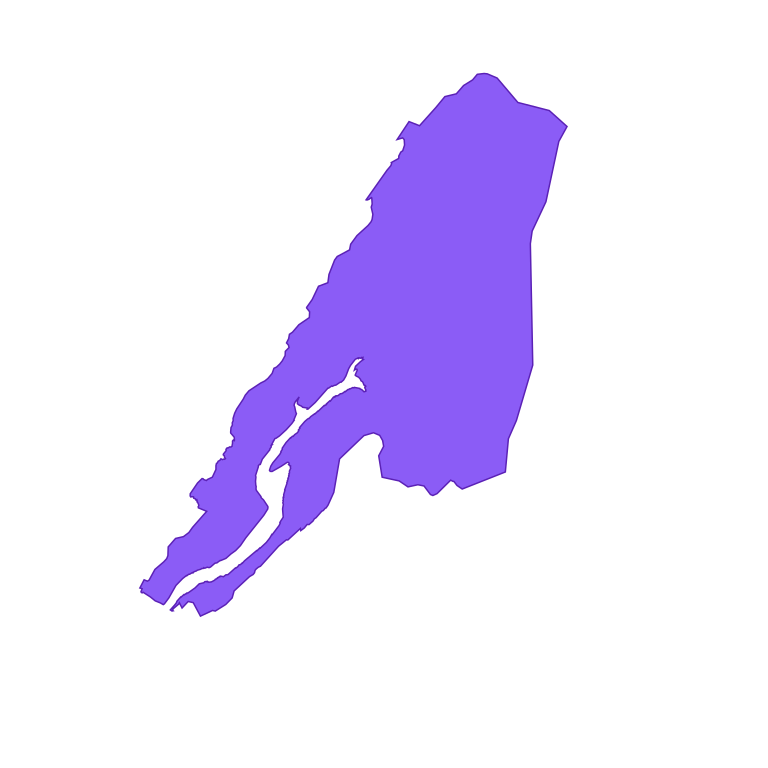 Stryn nor, Sogn og Fjordane, Norway (Natural Earth projection), rotated 310°
{"feature_id": "86288312B20375787798731", "entity_name": "Stryn nor", "entity_type": "district", "adm_level": 2, "iso_a3": "NOR", "parent_name": "Norway", "parent_adm1": "Sogn og Fjordane", "projection": "natural_earth1", "projection_center": [6.614, 61.822], "detail": "fine", "context": "isolated", "style": "filled", "palette": "violet", "viewbox_px": 768, "rotation_deg": 310, "n_neighbors": 0, "source": "geoboundaries", "source_scale": "gbopen_adm2", "svg_char_len": 6131}
<svg xmlns="http://www.w3.org/2000/svg" viewBox="0 0 768 768"><g transform="rotate(310 384 384)"><path d="M663.8,253.1L652.8,252.9L643.3,245.9L628.8,246.0L604.7,245.2L601.1,234.5L579.7,236.9L584.5,240.1L584.2,242.4L580.2,246.2L574.7,248.4L572.4,247.8L568.1,248.8L566.6,250.1L565.8,250.1L558.3,247.2L557.8,248.1L555.7,248.9L549.6,248.9L513.6,251.9L514.0,252.7L515.7,253.7L518.7,254.5L518.7,255.0L514.2,259.3L511.3,260.5L506.8,266.4L502.4,269.1L500.0,269.8L495.2,269.9L480.4,267.9L469.7,268.6L464.6,271.4L451.6,266.2L447.2,266.5L432.6,271.4L425.5,275.9L416.8,271.0L402.5,274.7L392.9,275.5L392.5,275.9L391.5,280.6L386.9,284.1L374.8,280.7L364.8,280.6L361.3,279.6L357.5,281.8L352.8,282.9L352.4,285.7L350.9,287.8L345.6,287.4L342.2,290.0L336.3,291.2L332.2,291.3L327.9,290.8L325.3,289.6L320.2,291.5L313.6,291.5L309.6,290.7L305.5,288.9L292.0,284.9L286.3,284.9L281.9,285.9L270.3,287.2L265.6,288.4L260.6,290.5L259.0,292.0L256.7,292.7L255.0,294.3L252.3,294.8L248.6,297.4L247.9,298.1L247.0,303.4L244.8,305.6L244.3,305.7L244.2,304.6L242.9,304.6L241.3,306.0L238.5,307.6L237.3,307.2L236.6,306.2L234.7,305.6L234.3,304.9L232.4,304.9L231.5,305.9L227.2,306.0L226.4,306.4L226.4,307.8L225.5,308.7L224.9,310.5L223.8,310.2L223.6,309.6L222.2,308.8L221.9,307.2L219.9,307.3L218.2,306.6L216.4,307.1L215.5,306.7L213.5,307.7L210.5,310.2L202.3,312.4L197.3,310.1L195.9,310.0L195.0,307.6L195.1,306.2L194.6,305.4L188.3,304.8L175.4,306.1L173.6,307.5L173.3,308.7L174.0,309.0L175.1,310.6L174.2,311.7L174.8,313.4L174.2,314.2L175.1,314.9L174.2,315.7L174.3,316.3L173.5,316.6L173.5,317.4L172.3,319.8L171.5,320.4L170.6,320.5L169.8,321.4L172.5,330.0L151.2,329.5L144.8,330.0L138.2,328.5L131.7,323.6L120.5,323.4L113.6,328.8L110.5,329.8L106.2,329.6L94.7,327.7L82.8,330.1L80.9,329.5L79.8,326.1L70.8,328.1L71.7,330.3L68.6,331.4L68.3,332.3L68.7,333.1L69.6,333.3L70.7,341.8L70.8,348.1L72.5,353.3L73.1,356.7L74.4,357.1L81.7,356.7L96.0,354.1L105.5,354.8L110.3,355.8L110.3,356.2L112.7,356.7L113.3,357.4L116.4,358.4L116.4,359.1L118.2,359.2L120.3,360.5L121.2,360.6L124.3,362.7L125.5,363.0L126.5,364.1L127.4,364.1L127.3,364.6L128.0,365.3L130.0,366.3L130.9,368.1L132.4,368.8L138.1,369.7L139.6,371.0L143.5,371.9L143.6,372.3L148.8,375.0L155.5,376.0L161.0,377.4L167.9,377.9L177.3,377.0L206.2,376.3L213.5,375.3L215.2,374.2L215.6,373.5L217.8,366.1L217.9,363.5L218.3,362.2L218.7,362.1L220.4,354.9L221.1,353.6L223.6,351.7L223.7,351.2L226.9,348.1L230.4,345.7L231.4,344.4L239.7,341.0L240.8,340.2L242.9,340.5L243.0,340.9L248.2,339.1L260.3,338.8L260.6,338.3L263.2,338.1L264.3,337.2L265.1,337.3L264.8,337.0L272.1,335.5L273.1,336.2L277.0,337.3L286.2,338.5L294.5,338.8L298.4,338.5L298.3,338.1L305.0,336.0L305.7,334.6L309.1,330.3L309.8,328.9L311.1,328.1L313.3,327.5L319.6,327.3L315.3,328.6L313.2,330.4L313.3,332.6L314.0,335.0L313.9,336.7L316.3,340.7L315.3,341.3L315.9,341.9L325.6,343.2L344.8,343.7L345.2,344.2L348.8,345.2L349.1,346.0L350.8,346.7L352.3,347.9L357.3,349.3L357.8,350.0L361.1,350.5L365.6,349.7L373.0,347.1L376.7,346.4L384.5,346.1L386.9,347.2L386.9,347.8L387.5,347.5L388.4,348.3L387.3,348.0L388.4,348.7L388.8,349.7L390.0,349.8L390.4,350.4L389.4,350.5L390.4,350.9L389.3,351.3L389.6,352.5L386.0,351.6L379.3,350.8L375.6,352.4L377.4,352.9L377.9,353.9L377.4,354.6L372.3,356.2L372.2,357.4L372.9,360.3L372.5,362.8L371.7,364.3L371.9,366.1L371.6,367.0L370.3,369.4L370.9,370.8L370.4,370.1L370.6,371.1L369.2,371.3L370.2,371.3L370.2,371.6L368.8,371.6L367.7,374.1L367.1,374.1L366.7,374.7L365.2,373.7L365.4,370.5L364.8,369.0L365.1,368.4L362.3,363.4L361.7,363.4L361.1,362.3L358.7,361.3L358.0,360.6L357.2,360.6L356.5,359.9L353.2,359.3L353.2,358.9L349.9,358.1L348.4,356.8L345.4,356.2L344.4,355.1L342.9,354.8L343.2,354.4L341.4,354.1L341.4,353.7L336.4,353.9L336.3,353.3L331.9,352.7L331.9,353.0L330.4,353.1L331.0,352.9L329.2,352.4L329.2,352.0L320.8,351.1L320.8,350.8L316.6,350.3L316.6,350.0L311.8,348.8L309.5,348.8L309.1,348.3L307.6,347.9L304.3,347.4L296.4,347.3L296.1,348.0L293.7,348.0L293.5,348.7L291.1,349.0L287.8,348.1L285.5,348.1L285.1,347.4L282.7,347.3L282.7,346.9L276.2,346.6L269.4,347.3L268.6,348.1L266.0,348.4L265.7,348.9L263.1,349.4L252.1,349.5L248.3,350.1L244.3,351.7L243.9,353.0L245.1,354.5L254.5,358.0L261.8,360.2L262.4,361.0L262.4,362.0L261.8,362.7L260.9,362.7L261.1,365.2L260.5,365.2L259.4,366.7L256.5,367.5L255.1,368.8L254.2,368.8L253.9,369.3L252.5,369.9L252.5,370.3L249.9,371.1L249.9,371.6L247.6,372.2L247.6,372.6L245.9,373.0L245.6,373.5L239.0,376.0L239.0,376.4L234.7,378.3L233.8,379.2L232.4,379.6L232.4,380.1L231.8,380.1L230.4,381.4L229.8,381.4L229.3,382.3L227.9,382.9L227.2,384.2L223.1,386.6L217.2,392.4L211.7,393.1L210.8,393.4L210.8,393.9L208.2,394.6L196.7,395.2L196.7,394.8L192.6,395.5L187.0,395.7L178.7,394.7L178.7,394.3L174.5,393.9L174.5,393.5L158.9,390.8L155.7,390.7L155.7,390.4L153.3,390.1L152.3,389.2L150.0,389.4L147.6,388.8L147.6,388.4L137.7,387.0L136.1,385.5L133.2,384.9L131.8,382.3L130.9,382.2L130.9,381.8L128.5,381.3L128.5,381.0L127.0,381.0L126.1,380.3L124.9,380.4L121.5,379.0L119.5,377.2L119.3,375.6L118.7,375.6L118.8,375.1L117.4,373.8L115.9,373.7L112.2,370.9L106.2,370.3L99.6,368.6L98.1,368.2L97.1,367.3L96.6,367.5L96.5,367.2L94.1,366.5L94.1,366.1L90.2,365.5L90.2,365.2L84.6,365.0L82.8,365.6L80.2,365.7L73.6,365.5L73.8,367.5L74.7,368.2L74.7,367.5L76.3,367.0L83.4,368.2L84.9,367.8L82.6,373.3L91.5,373.8L93.9,378.4L88.2,392.6L100.3,398.2L101.6,400.7L113.4,404.5L122.5,405.2L129.1,402.2L150.1,404.8L154.0,406.2L156.2,406.1L158.4,405.0L160.1,405.0L162.9,405.5L165.0,406.5L192.0,407.5L202.0,409.4L202.7,410.6L219.6,412.8L218.2,414.5L222.5,415.5L227.0,415.4L228.1,416.9L233.3,417.7L236.0,417.3L237.9,417.9L246.5,418.1L248.1,418.8L251.0,418.8L251.8,419.3L255.2,419.0L268.7,415.2L298.1,398.1L331.6,401.8L339.9,407.3L341.9,413.7L339.8,419.3L336.0,423.8L325.6,426.1L311.4,442.5L319.5,457.9L320.6,468.5L328.6,474.7L331.6,480.2L329.2,490.6L330.0,493.1L334.1,495.1L353.2,496.9L353.7,499.3L354.3,500.2L353.2,505.1L353.8,511.4L394.6,533.5L422.0,514.5L441.1,508.9L494.1,485.8L585.6,405.9L596.4,399.2L627.7,390.9L682.2,362.0L698.9,358.7L699.7,334.8L685.7,305.6L691.1,274.0L688.0,263.8L686.2,261.1L681.2,256.4L673.9,256.4L663.8,253.1Z" fill="#8b5cf6" stroke="#5b21b6" stroke-width="1.5"/></g></svg>